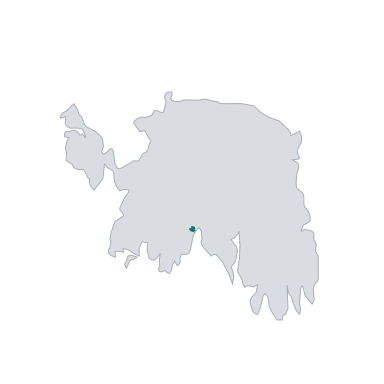 Galway City East Lea-6, Galway, Ireland shown in context, rotated 286°
{"feature_id": "5873133B29107056882514", "entity_name": "Galway City East Lea-6", "entity_type": "district", "adm_level": 2, "iso_a3": "IRL", "parent_name": "Ireland", "parent_adm1": "Galway", "projection": "albers", "projection_center": [-9.004, 53.286], "detail": "fine", "context": "in_parent", "style": "filled", "palette": "teal", "viewbox_px": 384, "rotation_deg": 286, "n_neighbors": 0, "source": "geoboundaries", "source_scale": "gbopen_adm2", "svg_char_len": 4972}
<svg xmlns="http://www.w3.org/2000/svg" viewBox="0 0 384 384"><g transform="rotate(286 192 192)"><path d="M233.6,65.4L226.8,70.4L225.8,72.3L224.0,79.7L223.9,81.8L219.7,90.2L217.3,91.9L213.7,93.3L211.7,94.6L209.0,94.0L205.7,94.2L204.1,95.7L204.2,96.8L205.2,98.1L211.4,101.8L211.1,103.4L209.4,105.2L198.5,109.8L195.2,112.5L194.1,114.3L195.3,117.2L204.2,126.0L205.7,126.9L207.1,132.1L214.9,134.1L218.2,137.3L221.0,138.0L226.9,137.6L229.3,138.7L230.7,137.8L231.4,136.1L237.9,129.6L235.7,125.0L242.3,116.8L244.1,116.8L247.3,119.2L250.0,122.5L251.0,127.0L253.6,131.1L255.2,132.4L259.5,133.1L260.6,134.7L260.0,140.6L260.7,142.6L271.6,142.1L275.9,139.3L279.7,139.6L281.7,142.2L282.6,144.9L279.4,146.1L276.0,145.6L274.4,147.5L274.4,151.0L275.7,155.4L278.1,158.5L280.2,165.5L282.1,173.4L284.6,178.0L285.3,183.9L285.1,186.9L285.8,192.1L284.8,194.0L285.8,198.9L290.5,214.5L291.8,226.9L290.0,231.6L287.5,236.1L285.9,241.4L284.8,247.1L284.3,256.2L278.8,267.0L276.4,269.8L273.5,271.5L280.2,278.7L275.1,282.2L269.4,283.5L263.1,281.8L259.2,282.2L254.3,286.2L253.1,285.5L250.6,279.5L249.0,285.8L245.5,287.9L239.2,287.7L228.9,289.6L224.9,291.5L223.3,294.3L222.1,297.6L220.5,299.5L218.7,300.6L210.7,303.1L209.1,304.1L205.4,309.4L200.6,312.5L196.5,313.5L192.9,310.5L191.4,308.6L189.7,307.7L184.1,307.9L185.9,308.8L187.0,311.0L187.6,315.1L187.0,319.2L184.3,321.2L181.0,321.6L175.9,325.9L169.1,327.1L165.4,330.9L142.7,337.5L141.4,337.5L138.3,335.8L134.9,335.1L131.5,335.6L121.9,339.2L117.3,338.4L123.3,329.4L131.2,324.9L132.0,323.6L129.5,323.0L114.5,326.0L109.3,328.6L104.1,329.3L106.5,325.2L113.3,319.7L119.1,316.0L121.6,312.7L128.7,309.0L106.0,316.5L100.0,315.5L98.7,313.3L94.0,314.2L92.4,308.9L99.4,301.1L103.4,297.7L108.1,295.9L112.7,293.3L114.5,290.1L112.3,289.0L98.7,289.6L92.2,288.8L92.6,286.3L93.9,283.4L100.7,278.7L104.3,277.9L107.6,278.5L113.3,281.4L120.9,280.6L117.8,277.4L117.3,271.1L114.9,268.9L118.0,266.0L121.6,264.3L127.6,258.2L129.7,257.3L141.4,255.9L154.0,252.8L166.5,248.3L160.1,245.9L157.1,242.6L152.1,249.2L148.6,251.7L138.5,253.0L135.4,252.3L130.9,250.2L129.5,251.0L128.2,252.5L121.6,255.7L114.6,256.4L122.7,250.6L133.1,240.6L135.4,237.5L138.7,232.0L137.7,229.5L135.6,228.1L143.0,216.8L145.7,214.7L150.4,214.4L153.8,212.6L155.4,212.6L156.7,212.0L159.8,208.6L155.1,206.4L150.3,205.3L135.3,206.4L133.4,206.1L131.5,205.1L130.4,203.6L129.5,199.7L128.4,198.8L125.0,198.8L121.7,199.9L119.4,199.8L117.2,198.1L120.8,194.2L116.2,193.2L111.4,193.9L107.5,192.7L107.4,190.2L109.3,187.7L107.0,185.4L106.5,182.4L109.0,181.0L111.7,181.5L117.3,179.4L124.3,178.4L118.3,176.2L115.9,174.3L115.8,171.5L116.4,169.1L123.4,165.0L130.8,163.3L130.3,160.6L130.9,157.7L123.4,156.8L115.9,158.8L116.8,153.2L118.6,148.2L119.0,144.9L118.7,141.3L115.2,142.8L114.9,137.8L113.5,134.3L108.3,136.6L108.5,132.1L110.0,128.9L112.7,127.6L115.4,128.2L120.3,128.2L125.0,125.9L131.8,125.4L142.7,126.2L150.2,132.9L152.1,131.7L155.1,127.5L156.5,127.0L167.8,128.8L174.8,131.2L176.6,130.5L175.6,125.8L173.2,122.5L176.2,118.2L179.8,115.3L182.3,113.8L187.9,112.0L190.3,110.3L191.9,104.8L194.5,100.2L180.4,102.7L166.9,97.3L169.0,93.5L171.8,91.3L176.7,89.6L177.1,87.6L179.6,85.9L183.6,81.5L182.1,75.8L182.9,71.6L185.8,68.9L186.6,65.0L187.9,62.1L193.8,61.0L199.4,58.3L208.2,57.8L210.5,58.8L209.9,54.1L213.9,53.4L215.6,54.3L216.3,57.7L218.3,59.7L218.9,63.4L217.7,66.3L215.7,68.6L217.6,70.8L214.7,74.9L217.9,73.1L222.4,69.0L222.1,65.8L221.2,61.7L219.9,58.0L220.4,53.9L222.9,51.3L229.6,49.9L226.7,45.3L229.2,44.8L231.9,45.7L235.9,49.3L244.3,54.1L240.4,58.7L235.4,61.9L233.6,65.4ZM114.5,155.0L114.2,157.2L111.0,154.4L109.4,151.4L100.4,149.9L104.2,147.0L106.1,147.9L112.4,148.2L114.2,149.4L114.5,155.0Z" fill="#d9dde1" stroke="#a8b0b8" stroke-width="1"/><path d="M155.6,200.5L155.3,200.9L155.1,201.1L155.1,201.3L155.0,201.5L155.0,201.9L155.0,202.0L154.9,202.1L154.6,202.4L154.6,202.5L154.8,202.8L155.0,202.9L155.0,203.0L154.6,203.6L154.6,203.8L154.6,204.0L154.7,203.9L154.8,203.9L155.0,203.9L155.1,204.0L155.3,203.9L155.5,203.9L155.7,203.7L155.8,203.8L155.8,204.0L156.1,204.0L156.3,204.0L156.4,203.9L156.5,203.9L156.8,203.9L156.8,203.7L156.9,203.8L157.0,203.9L156.9,204.0L156.7,204.1L156.8,204.3L157.0,204.4L157.3,204.3L157.5,204.2L157.7,204.4L157.8,204.3L157.7,204.3L157.7,204.2L157.7,204.3L157.7,204.2L157.8,204.1L157.7,204.2L157.8,203.9L158.0,203.8L158.0,203.7L158.1,203.8L158.3,203.9L158.5,203.8L158.5,203.7L158.6,203.4L158.5,203.1L158.2,203.1L158.3,202.9L158.2,202.6L158.3,202.3L158.3,202.2L158.6,202.3L158.6,202.0L158.4,201.5L158.2,201.6L157.7,202.1L157.3,202.1L157.2,201.8L157.3,201.8L157.3,201.7L157.2,201.7L156.9,201.5L156.8,201.4L156.6,201.3L156.3,201.5L156.2,201.5L156.3,201.4L156.0,201.2L155.6,201.1L155.4,201.1L155.5,201.0L155.5,200.9L155.6,201.0L155.7,200.9L155.8,200.7L156.0,200.6L156.0,200.4L155.9,200.4L155.6,200.5L155.6,200.5ZM155.5,204.6L155.4,204.6L155.5,204.6L155.4,204.6L155.5,204.7L155.5,204.6ZM156.2,204.4L156.3,204.3L156.1,204.4L156.2,204.4Z" fill="#14b8a6" stroke="#0f766e" stroke-width="1.5"/></g></svg>